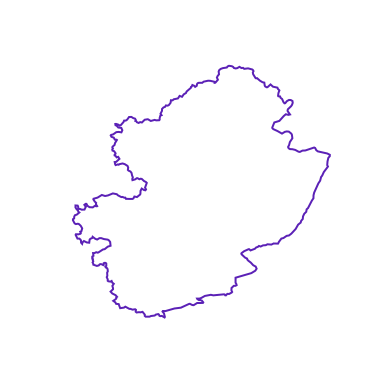 the Province of Qinghai, rotated 131°
{"feature_id": "CHN-1151", "entity_name": "Qinghai", "entity_type": "Province", "adm_level": 1, "iso_a3": "CHN", "parent_name": "China", "parent_adm1": "", "projection": "equal_earth", "projection_center": [96.897, 35.43], "detail": "fine", "context": "isolated", "style": "outline", "palette": "violet", "viewbox_px": 384, "rotation_deg": 131, "n_neighbors": 0, "source": "natural_earth", "source_scale": "10m", "svg_char_len": 6015}
<svg xmlns="http://www.w3.org/2000/svg" viewBox="0 0 384 384"><g transform="rotate(131 192 192)"><path d="M128.0,93.9L129.9,94.1L132.0,92.8L134.8,93.0L137.6,92.2L139.7,90.7L142.1,90.7L143.8,89.9L147.0,90.5L151.9,89.5L158.3,89.7L161.2,90.3L163.0,91.8L166.8,92.8L168.5,94.0L172.6,93.7L174.5,93.2L177.3,96.6L179.6,97.6L182.0,100.8L183.7,101.4L185.7,103.4L188.1,104.4L188.8,106.1L190.2,106.3L191.8,107.2L193.6,107.3L197.7,109.5L197.6,111.2L198.1,111.8L202.4,113.8L205.6,114.5L206.2,114.3L206.5,113.6L206.7,108.9L206.1,106.7L206.7,106.0L206.9,104.4L206.7,101.3L207.1,97.8L206.5,95.0L207.5,92.9L209.9,92.6L214.3,94.0L228.1,102.9L231.9,99.6L232.3,98.3L233.0,97.2L234.2,97.6L235.4,98.9L238.5,99.2L240.3,97.8L241.1,96.1L241.9,96.1L244.6,97.1L245.7,98.5L247.8,98.6L248.2,99.2L247.9,100.1L248.2,100.7L256.0,108.1L257.2,110.3L262.0,114.1L265.9,115.5L267.5,116.4L269.1,118.2L269.3,117.7L269.0,115.8L268.2,115.0L267.5,113.4L267.9,111.1L268.6,111.0L272.4,115.3L276.3,116.5L277.1,117.6L277.8,120.3L278.4,120.8L286.6,124.5L291.4,128.8L299.4,134.0L300.9,135.9L301.6,135.8L302.0,133.5L304.1,130.5L304.7,130.4L305.3,133.5L306.5,134.5L306.8,135.3L306.2,136.6L306.3,137.4L308.3,138.9L309.7,139.1L312.5,141.6L314.0,142.3L316.5,145.2L316.5,146.4L315.5,147.2L314.9,150.7L316.6,151.9L317.5,153.2L319.3,154.8L319.3,156.0L317.7,157.0L317.8,158.0L319.8,159.7L320.6,161.8L321.3,162.6L322.3,167.1L323.9,167.5L326.8,170.0L324.7,173.8L326.2,175.9L325.6,177.4L325.8,180.0L323.0,179.3L322.0,179.3L321.3,180.0L320.3,179.8L320.0,182.0L320.9,185.6L320.6,188.1L317.2,187.8L316.4,188.5L315.1,190.5L312.6,190.8L312.7,192.7L311.9,194.3L313.1,194.7L314.3,196.6L314.3,197.4L313.2,198.3L312.2,200.5L310.8,200.9L308.6,203.1L307.1,203.5L305.6,205.1L305.2,206.0L305.5,207.6L305.2,208.4L304.0,208.2L302.2,209.8L302.2,210.7L303.0,211.7L303.7,211.9L304.9,210.8L305.4,210.9L305.8,212.7L306.3,213.6L307.2,214.2L308.6,214.2L310.2,215.3L311.6,218.8L310.8,219.6L310.4,220.8L309.0,221.1L308.6,222.1L307.7,222.6L307.8,223.5L306.8,223.9L306.6,224.7L306.0,224.9L304.8,224.5L303.0,226.6L302.0,225.5L300.3,224.8L299.6,223.3L298.7,222.9L293.8,221.5L292.4,220.4L288.5,219.7L286.0,218.2L283.4,221.0L283.0,222.9L283.2,224.3L285.3,227.6L286.4,230.3L287.6,231.6L290.1,232.4L290.8,234.3L291.0,237.6L292.1,237.1L294.0,238.0L295.1,238.0L297.7,236.3L299.1,238.3L299.9,241.4L301.8,241.6L303.2,240.9L303.0,242.5L301.5,243.9L301.1,244.9L301.1,246.5L302.3,247.9L300.7,251.7L300.1,251.9L298.3,249.8L296.7,248.8L296.0,248.9L295.3,250.3L294.3,249.7L291.5,251.0L290.5,253.8L290.4,256.3L290.8,257.3L292.4,258.6L292.7,260.0L291.4,263.4L290.6,264.0L289.3,263.6L287.9,264.7L286.4,265.1L284.6,264.1L281.4,263.6L281.5,264.7L280.8,265.9L280.7,267.8L280.1,269.8L278.6,271.1L277.3,269.4L277.6,268.5L279.2,266.8L278.1,265.0L277.7,263.6L275.8,261.6L272.9,262.4L272.3,264.8L270.7,264.5L270.2,263.9L271.0,261.8L270.7,259.4L268.7,256.8L266.4,256.3L265.2,254.4L264.9,254.3L264.3,256.5L263.1,257.2L263.0,259.2L262.3,261.6L261.7,261.9L258.2,259.6L253.4,258.1L252.1,255.1L251.6,254.6L249.6,253.1L245.0,250.8L243.0,247.3L243.1,245.7L242.2,242.0L241.3,241.2L240.7,239.3L240.0,238.6L240.5,237.3L236.3,232.4L235.3,232.0L233.2,232.5L231.9,230.2L228.0,229.5L227.3,229.7L224.9,231.6L222.4,232.2L222.0,229.5L221.3,228.3L220.2,228.4L219.5,230.3L214.8,232.1L214.7,233.4L215.2,235.4L215.1,238.5L215.7,239.5L216.9,240.1L217.3,242.1L217.8,242.7L219.8,243.2L222.1,244.7L221.4,245.6L219.7,246.3L218.9,248.0L217.3,250.1L216.9,251.9L217.5,253.9L217.4,254.9L215.4,256.2L214.6,257.8L215.1,261.0L216.0,263.1L218.7,265.1L219.5,265.2L219.9,266.1L221.8,267.3L221.5,268.2L220.1,270.0L219.0,269.0L214.6,268.5L213.9,270.8L215.3,271.6L214.9,273.4L215.2,274.4L214.6,274.9L213.2,274.8L212.9,275.1L212.3,277.5L212.9,279.2L212.2,280.1L211.1,280.2L210.6,281.4L209.9,281.7L207.3,281.3L205.6,282.2L202.0,282.8L202.0,283.2L203.1,284.7L202.3,286.7L203.2,289.0L202.6,290.5L202.0,290.5L200.2,289.3L196.5,288.4L194.8,286.8L193.3,284.4L191.1,285.1L190.0,287.4L191.7,289.9L191.4,292.5L191.8,293.5L191.0,294.5L190.5,294.1L189.6,292.1L189.3,290.3L188.3,289.6L184.0,289.6L182.7,290.1L181.5,288.8L179.9,288.4L176.7,288.7L175.1,287.0L174.8,284.9L174.0,283.1L174.4,281.9L175.5,281.4L175.1,280.7L175.5,279.4L174.9,277.6L173.3,277.0L172.4,275.4L168.5,275.1L166.3,273.3L166.0,272.9L165.4,269.7L162.1,267.5L161.4,266.0L159.3,263.8L158.6,263.9L157.3,265.0L155.1,266.0L154.0,265.4L153.6,267.1L150.4,267.9L149.0,269.1L146.9,269.0L145.4,268.2L143.8,268.5L142.8,267.0L141.5,266.5L138.7,266.7L136.6,268.1L135.6,266.8L134.0,266.6L130.6,264.0L127.6,264.4L126.7,262.0L123.7,262.3L121.2,261.5L119.7,262.0L114.1,261.2L113.3,261.7L112.6,261.4L111.0,261.9L110.4,260.0L110.6,258.6L108.7,258.1L107.3,259.0L106.2,259.1L105.1,258.5L102.9,255.9L101.1,255.6L97.5,252.9L96.2,251.3L94.3,247.8L94.1,247.3L94.8,246.6L94.2,246.1L90.3,246.1L89.3,248.3L87.5,248.8L85.5,248.8L83.5,251.0L82.1,251.4L80.3,251.1L78.3,250.0L75.2,247.4L73.9,247.5L72.5,246.9L70.9,244.4L70.6,242.9L70.9,241.7L70.1,240.1L68.8,239.1L66.4,238.3L66.0,236.0L64.8,234.9L64.8,233.4L61.9,230.8L60.0,226.9L60.0,225.9L60.4,224.9L61.9,224.5L63.0,223.1L64.3,218.9L64.2,218.2L63.4,217.6L63.4,213.7L62.9,210.8L62.0,209.2L64.0,206.9L64.3,206.0L64.0,204.4L63.4,203.8L59.3,203.3L59.4,200.0L57.2,196.0L57.8,194.9L58.0,192.7L60.6,191.7L63.0,190.1L63.1,189.6L62.1,188.2L62.8,187.0L62.7,185.0L64.1,182.1L64.4,180.4L63.8,179.9L61.2,180.0L58.9,179.2L57.8,177.8L57.4,175.9L58.6,174.5L60.6,173.7L62.3,173.5L66.6,173.9L67.6,173.5L68.2,172.9L69.2,168.9L70.5,169.8L71.8,172.2L74.5,172.6L81.0,172.7L85.5,175.5L90.7,173.7L91.1,173.2L91.2,171.9L89.9,167.4L88.9,162.4L85.7,161.4L84.1,160.2L82.9,158.5L82.8,155.3L83.3,154.1L85.6,151.5L90.1,150.9L92.9,149.5L95.0,149.0L95.6,147.7L95.3,146.1L93.9,144.4L92.5,141.7L91.7,138.1L91.0,136.9L88.3,135.8L86.3,133.7L78.3,129.0L78.0,127.9L78.9,125.7L78.8,123.7L74.2,115.2L73.5,112.4L74.6,111.5L76.8,111.5L80.0,109.8L83.0,107.6L83.6,106.1L90.5,105.6L94.2,104.5L96.0,104.4L99.4,102.7L102.6,102.3L112.3,99.4L114.8,98.1L117.1,96.2L119.8,95.9L128.0,93.9Z" fill="none" stroke="#5b21b6" stroke-width="2"/></g></svg>